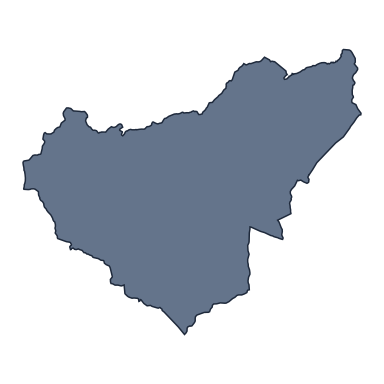 outline of La Mesa, Cundinamarca, Colombia
{"feature_id": "7082276B41572660322682", "entity_name": "La Mesa", "entity_type": "district", "adm_level": 2, "iso_a3": "COL", "parent_name": "Colombia", "parent_adm1": "Cundinamarca", "projection": "mercator", "projection_center": [-74.467, 4.646], "detail": "fine", "context": "isolated", "style": "filled", "palette": "slate", "viewbox_px": 384, "rotation_deg": 0, "n_neighbors": 0, "source": "geoboundaries", "source_scale": "gbopen_adm2", "svg_char_len": 5881}
<svg xmlns="http://www.w3.org/2000/svg" viewBox="0 0 384 384"><path d="M353.9,84.9L354.8,83.3L354.8,82.3L353.4,80.4L352.4,78.2L352.6,77.0L353.1,75.6L353.9,74.3L355.7,72.7L357.6,69.6L357.6,68.0L354.3,63.9L355.3,62.1L355.2,58.4L351.9,52.4L350.6,50.7L349.2,50.0L343.5,49.5L342.4,50.4L342.1,53.4L341.1,54.4L340.9,55.4L341.3,56.2L339.2,59.3L337.6,60.5L337.1,61.4L336.0,61.2L335.6,62.2L333.8,62.8L333.4,62.8L333.0,62.2L332.3,62.7L331.2,62.3L330.8,62.9L329.2,63.9L328.1,63.4L327.6,63.9L327.1,63.9L325.8,62.9L324.4,62.6L321.9,62.7L320.0,63.2L317.2,64.4L315.3,65.7L312.9,65.6L311.6,66.6L307.0,67.5L306.0,68.0L304.5,69.6L302.8,70.0L300.2,71.9L296.7,73.5L293.7,73.9L293.6,74.3L293.3,74.3L293.3,73.9L292.2,73.5L291.6,75.2L290.7,75.4L290.0,76.1L289.0,76.3L288.7,77.4L287.8,77.9L286.9,78.9L284.7,79.4L284.1,78.9L284.0,77.8L285.7,75.7L287.2,74.6L286.2,73.0L286.0,71.2L285.7,71.0L285.7,70.8L274.9,61.9L274.3,61.6L273.6,61.7L272.9,61.3L271.6,61.3L270.6,61.7L269.5,59.9L264.5,57.2L261.3,60.7L260.1,61.5L258.6,61.9L256.2,61.8L251.0,63.6L249.3,63.5L246.7,64.8L245.9,64.8L243.8,63.6L243.2,64.6L241.6,66.4L240.0,67.3L238.9,68.5L238.0,70.3L234.8,72.1L232.3,79.6L231.6,80.5L231.2,80.9L230.0,80.6L229.2,80.9L227.9,82.5L226.7,83.1L226.4,83.5L226.1,84.9L226.4,86.2L226.1,86.6L225.9,88.3L223.8,90.0L221.7,93.4L218.7,95.6L218.0,96.7L214.6,99.6L212.4,102.4L209.7,102.7L209.2,102.9L207.2,107.3L206.3,108.1L205.6,109.5L204.2,111.0L203.2,111.7L202.6,112.7L202.2,113.9L200.2,114.5L198.7,114.5L196.9,111.6L195.7,111.3L194.9,111.6L193.5,110.9L192.1,111.4L190.9,112.2L190.0,112.3L188.9,112.8L186.9,112.7L183.9,113.0L182.9,112.3L182.2,112.3L180.0,113.5L177.9,114.0L176.8,113.8L174.2,114.1L168.8,116.3L166.2,118.2L164.9,118.4L164.0,119.2L162.0,122.6L160.6,123.2L160.1,123.1L157.9,123.9L157.3,123.8L156.0,123.4L153.2,122.0L152.5,122.2L151.8,123.6L151.5,125.0L150.7,125.7L149.1,126.5L147.0,126.7L144.7,129.0L143.4,129.2L141.8,129.1L139.4,129.3L136.5,129.8L136.0,129.5L135.1,129.8L132.0,129.8L130.7,129.4L129.0,129.8L127.2,131.0L126.4,131.0L125.4,131.9L124.3,134.1L122.9,135.7L122.6,135.8L121.6,135.0L121.5,134.2L122.4,132.2L122.3,131.8L119.8,130.4L119.6,129.9L120.1,128.9L122.7,127.2L121.6,124.6L120.6,124.0L119.7,124.0L118.9,124.3L117.6,125.2L116.4,126.5L114.7,127.3L113.3,127.4L111.4,126.7L108.2,129.1L105.7,132.1L101.5,132.0L100.9,132.4L100.0,132.3L98.8,133.0L98.2,132.9L96.5,130.7L94.8,130.2L93.1,130.3L91.7,129.1L90.7,127.4L90.1,127.0L89.0,126.8L87.1,124.7L85.6,121.0L85.8,119.8L86.5,117.8L87.4,117.5L87.5,117.1L87.5,115.8L87.3,114.9L85.6,112.5L84.5,111.5L81.3,111.7L79.9,111.4L73.3,110.9L70.8,108.5L68.1,107.9L66.5,108.0L63.7,111.8L63.2,113.3L63.5,115.6L65.1,118.8L65.0,120.2L61.3,123.1L59.9,126.9L57.5,127.6L56.1,128.6L54.5,130.2L53.9,132.1L51.2,133.8L50.0,134.0L46.8,133.9L45.1,132.6L44.2,133.2L43.6,134.9L42.9,139.1L44.6,141.0L44.7,142.1L44.4,143.2L42.4,146.2L42.2,148.6L40.9,153.7L40.5,154.2L38.5,154.5L37.5,155.1L34.7,155.0L32.9,155.5L29.4,159.7L28.6,160.2L24.5,160.9L23.5,161.3L23.0,162.7L23.3,165.1L23.9,167.8L24.0,170.3L24.6,171.3L25.1,174.6L25.4,178.0L25.3,181.1L24.8,183.4L24.3,184.6L24.2,186.6L23.7,188.8L23.9,189.3L28.3,189.6L30.0,189.4L31.3,188.9L33.7,188.8L35.1,189.2L38.4,191.6L38.6,195.0L39.8,197.8L39.8,198.7L40.3,199.7L40.8,200.4L42.5,201.6L43.7,203.5L44.0,205.8L44.5,207.2L46.3,209.2L46.7,210.2L48.1,212.1L50.8,214.9L52.5,218.0L53.1,220.0L53.8,221.2L54.8,222.0L55.4,224.7L55.4,226.5L55.0,228.1L55.8,230.9L55.2,233.0L57.0,235.5L57.3,236.1L57.4,237.9L57.8,238.6L66.5,241.7L69.7,242.2L70.4,242.6L71.4,244.4L71.4,245.0L69.9,246.4L69.8,247.1L70.5,249.6L71.2,249.4L71.8,248.5L72.4,248.2L73.3,248.2L74.6,249.3L76.2,249.6L78.3,248.9L79.4,249.5L82.1,250.4L84.0,252.7L85.3,252.7L87.0,254.1L88.1,254.1L89.8,255.1L91.8,255.7L92.9,257.2L93.5,257.5L98.3,258.6L100.9,260.2L103.4,260.5L103.9,261.0L104.4,263.2L106.3,264.7L109.3,266.0L110.2,267.8L112.3,276.5L112.2,277.1L110.4,279.4L110.5,281.9L111.0,283.5L112.6,283.8L115.0,285.1L118.0,285.1L120.6,285.8L121.6,285.9L124.1,285.0L124.9,293.4L125.2,294.0L127.6,296.3L129.1,297.2L132.0,298.2L134.0,298.0L137.4,298.3L138.5,298.9L138.9,301.4L139.7,301.1L140.4,299.6L141.0,299.8L143.9,303.5L147.1,305.8L150.5,305.4L152.1,306.4L157.5,308.0L158.6,308.1L159.6,307.5L160.3,307.6L160.8,308.3L162.0,309.2L162.2,310.5L164.1,312.0L178.2,326.8L184.5,334.5L186.1,332.8L187.0,331.1L187.1,328.3L187.7,327.0L189.4,326.1L191.0,326.1L192.0,325.8L194.2,322.9L195.0,321.6L195.2,320.6L195.2,318.2L195.5,316.6L197.0,315.0L204.3,312.4L208.3,312.3L209.6,311.7L210.5,309.1L212.2,307.1L212.4,305.3L213.6,304.0L216.8,303.8L220.3,302.9L224.9,303.2L226.1,303.1L229.0,301.6L232.7,298.5L234.8,297.4L237.0,295.4L238.7,294.9L241.8,294.9L244.4,293.9L246.7,292.7L247.1,292.0L247.2,291.0L247.9,290.1L249.3,289.8L249.0,284.8L248.2,282.8L248.0,280.8L248.6,277.1L249.9,274.3L249.9,272.6L249.5,269.8L248.3,266.4L248.2,264.2L247.7,262.0L247.7,259.3L249.1,254.2L248.0,250.8L247.7,245.4L248.9,242.8L249.1,241.4L249.3,232.9L249.9,229.4L250.0,226.9L251.3,227.2L260.6,231.4L264.6,232.6L271.0,235.6L272.4,235.8L274.0,236.7L278.0,237.8L279.1,238.4L282.0,239.3L282.6,239.4L283.1,238.0L281.8,235.2L281.8,234.4L282.3,231.6L282.2,229.5L281.2,227.7L279.0,222.0L277.6,220.2L290.9,213.7L291.0,213.2L290.6,212.3L290.6,209.8L290.2,207.8L290.1,205.9L289.6,203.4L289.9,202.1L290.9,200.6L291.3,199.5L291.1,198.5L291.6,197.4L291.7,196.8L291.4,195.7L290.6,194.3L290.3,193.2L290.3,191.5L291.5,189.4L294.7,185.9L297.4,180.3L298.4,180.7L300.8,180.1L303.7,181.9L307.0,183.3L308.5,182.4L308.8,181.7L308.7,180.4L308.9,180.3L309.0,179.3L307.9,177.5L308.1,176.4L309.0,175.2L308.9,174.7L309.2,174.7L312.7,169.5L316.8,162.7L335.6,143.0L343.4,136.9L349.8,128.0L350.4,126.7L354.0,122.1L356.7,117.9L359.2,115.1L360.8,114.8L361.0,113.2L357.7,108.7L355.9,104.6L352.1,102.7L351.8,101.7L351.8,99.7L353.4,97.2L353.2,96.2L352.3,94.7L352.2,90.3L352.7,87.8L352.8,85.7L353.1,85.1L353.9,84.9Z" fill="#64748b" stroke="#1e293b" stroke-width="1.5"/></svg>